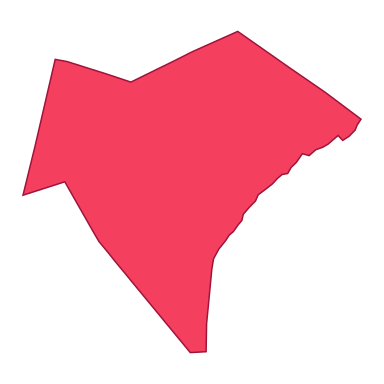 the district of Ibirajuba, Pernambuco, Brazil
{"feature_id": "56859067B4416992329739", "entity_name": "Ibirajuba", "entity_type": "district", "adm_level": 2, "iso_a3": "BRA", "parent_name": "Brazil", "parent_adm1": "Pernambuco", "projection": "robinson", "projection_center": [-36.178, -8.63], "detail": "fine", "context": "isolated", "style": "filled", "palette": "rose", "viewbox_px": 384, "rotation_deg": 0, "n_neighbors": 0, "source": "geoboundaries", "source_scale": "gbopen_adm2", "svg_char_len": 772}
<svg xmlns="http://www.w3.org/2000/svg" viewBox="0 0 384 384"><path d="M66.9,61.5L55.2,59.4L35.1,145.9L23.0,195.2L64.8,181.8L94.0,233.1L99.0,241.6L108.1,252.6L115.1,261.4L126.9,275.6L131.1,280.8L190.3,352.6L206.1,351.7L206.6,323.5L208.3,306.2L211.9,268.6L213.6,258.7L218.9,249.0L225.6,240.7L229.3,235.0L233.3,231.7L237.9,225.2L241.9,220.4L243.3,214.3L249.3,207.3L255.5,201.0L258.2,194.8L266.3,188.7L272.5,183.8L277.5,178.4L282.1,174.5L287.7,173.5L291.3,167.2L296.2,162.6L302.4,153.7L309.1,155.6L315.7,149.8L323.0,147.1L328.0,144.2L338.1,135.5L342.7,140.4L349.2,136.2L355.1,130.1L357.2,125.0L361.0,119.2L325.3,92.4L289.2,67.5L237.7,31.4L194.5,50.7L189.7,53.0L173.1,61.4L162.4,66.6L130.8,82.1L106.2,73.9L66.9,61.5Z" fill="#f43f5e" stroke="#9f1239" stroke-width="1.5"/></svg>